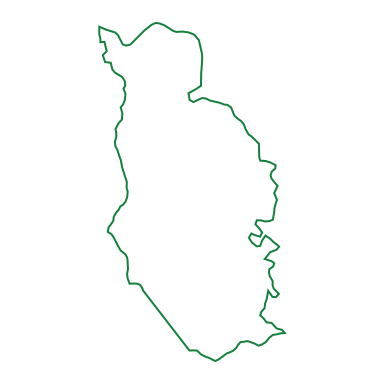 Santa Mariana, Paraná, Brazil (Natural Earth projection)
{"feature_id": "56859067B10237874887501", "entity_name": "Santa Mariana", "entity_type": "district", "adm_level": 2, "iso_a3": "BRA", "parent_name": "Brazil", "parent_adm1": "Paraná", "projection": "natural_earth1", "projection_center": [-50.532, -23.056], "detail": "fine", "context": "isolated", "style": "outline", "palette": "green", "viewbox_px": 384, "rotation_deg": 0, "n_neighbors": 0, "source": "geoboundaries", "source_scale": "gbopen_adm2", "svg_char_len": 2524}
<svg xmlns="http://www.w3.org/2000/svg" viewBox="0 0 384 384"><path d="M155.5,23.0L151.5,24.8L144.3,30.6L141.2,33.7L130.3,44.6L125.9,45.6L122.7,44.4L117.9,34.9L115.0,32.4L106.1,29.7L99.3,26.7L99.3,34.2L100.4,38.9L100.4,42.2L104.4,41.9L106.7,51.2L102.8,55.2L105.1,62.0L110.8,62.8L112.3,69.3L114.8,72.5L118.1,74.5L122.4,77.1L124.9,81.6L125.2,85.9L123.5,88.4L125.5,94.0L124.9,99.7L123.2,104.3L120.7,107.5L122.4,113.4L121.9,119.5L118.4,123.5L115.5,129.2L116.3,132.9L116.3,136.8L114.9,142.1L115.5,146.6L117.1,149.3L118.2,152.5L119.1,155.4L120.9,160.5L121.6,164.4L122.3,167.8L123.7,172.1L125.2,177.0L126.8,181.7L126.6,187.9L127.7,191.6L127.3,196.6L125.5,201.7L123.0,204.8L120.4,206.3L118.8,209.5L116.2,212.6L113.8,216.6L113.3,220.8L110.4,225.1L108.6,227.4L107.8,231.9L111.3,234.0L113.7,237.4L115.5,241.1L118.4,246.5L120.6,250.5L123.0,252.4L125.3,254.3L127.0,257.3L127.6,260.4L127.7,264.2L128.0,268.8L127.1,273.9L127.6,278.4L129.6,283.7L136.3,283.5L139.9,284.7L142.0,287.5L143.3,290.8L189.4,350.5L193.1,350.4L197.1,350.6L201.2,354.5L205.8,356.8L209.9,358.2L212.3,359.6L215.3,361.0L218.7,359.4L222.3,356.8L226.3,353.6L229.1,352.6L232.9,350.9L236.1,348.1L237.8,345.2L240.5,342.1L244.2,341.7L247.3,341.1L250.6,342.1L255.1,343.8L258.6,345.7L262.1,344.4L265.8,342.1L269.1,337.9L272.9,334.9L277.6,334.2L280.5,333.3L284.7,333.1L282.1,329.9L276.7,328.5L271.5,322.9L266.6,322.4L263.6,318.4L260.2,315.3L261.3,311.8L264.5,308.2L265.2,303.1L266.6,299.5L268.2,290.8L272.5,296.9L276.0,297.1L278.9,293.9L273.8,288.7L272.6,285.6L272.7,281.2L269.9,276.4L268.9,272.3L269.3,269.2L273.2,266.5L274.2,263.2L271.6,261.2L264.8,259.0L270.2,252.2L276.4,249.8L279.1,246.7L276.7,244.3L274.2,242.7L269.9,238.5L265.5,235.6L262.2,240.4L260.2,245.9L256.8,246.4L252.1,242.7L248.9,237.8L251.4,233.5L254.6,235.0L260.0,236.7L262.1,232.5L259.8,229.0L255.4,224.3L256.8,220.3L261.3,220.4L264.6,221.4L269.0,221.2L272.9,219.7L274.2,212.0L274.5,207.9L275.6,203.8L277.0,199.9L274.2,193.1L277.6,186.0L275.1,183.1L271.5,178.5L270.6,175.3L271.8,171.5L275.2,168.6L275.6,165.2L270.5,162.5L265.5,161.0L260.3,160.7L259.2,157.1L259.0,143.8L251.6,136.5L248.5,134.4L245.6,129.2L243.9,124.5L241.2,121.1L238.4,119.2L234.4,115.8L231.1,107.4L227.3,104.9L224.1,104.5L219.7,102.8L209.8,100.5L206.1,98.6L202.2,98.0L198.8,99.5L193.4,102.1L189.6,99.9L188.5,93.2L195.8,89.2L201.0,85.8L201.2,72.9L201.7,66.5L202.2,59.1L202.1,54.3L198.9,40.2L194.5,34.9L192.0,33.7L188.1,32.3L182.6,31.6L176.3,31.9L173.2,30.9L164.2,25.2L159.4,23.4L155.5,23.0Z" fill="none" stroke="#15803d" stroke-width="2"/></svg>